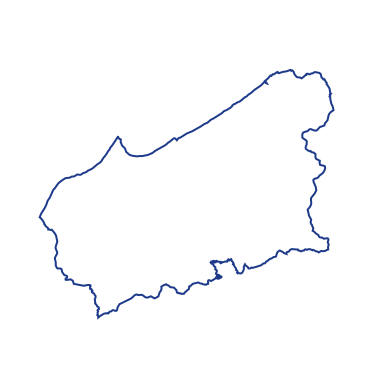 Jama, Manabi, Ecuador (Mercator projection), rotated 11°
{"feature_id": "8360857B32343432212573", "entity_name": "Jama", "entity_type": "district", "adm_level": 2, "iso_a3": "ECU", "parent_name": "Ecuador", "parent_adm1": "Manabi", "projection": "mercator", "projection_center": [-80.22, -0.215], "detail": "fine", "context": "isolated", "style": "outline", "palette": "blue", "viewbox_px": 384, "rotation_deg": 11, "n_neighbors": 0, "source": "geoboundaries", "source_scale": "gbopen_adm2", "svg_char_len": 6005}
<svg xmlns="http://www.w3.org/2000/svg" viewBox="0 0 384 384"><g transform="rotate(11 192 192)"><path d="M334.4,211.7L333.6,211.6L330.3,212.7L328.8,212.0L326.3,212.1L325.1,211.5L324.2,210.1L322.2,209.4L319.0,207.4L317.9,207.1L318.0,205.3L317.7,203.8L316.7,202.8L316.1,201.5L314.8,200.4L314.2,198.9L314.3,196.4L311.4,192.9L308.9,187.3L310.5,184.3L311.3,181.7L311.3,180.8L310.0,175.7L310.4,174.4L312.6,170.3L313.7,166.8L312.7,163.8L309.3,158.6L308.8,157.0L309.6,155.8L312.5,154.2L313.4,153.0L314.0,151.6L316.6,148.7L317.3,147.4L318.0,145.2L318.2,143.5L317.7,141.6L317.2,141.3L315.4,141.0L313.4,141.1L312.5,140.9L311.5,138.5L311.5,136.9L307.5,135.8L306.6,134.5L306.0,131.3L304.6,130.4L303.4,130.0L302.1,130.2L300.5,129.1L299.8,129.6L297.9,129.1L295.4,127.8L295.1,126.9L295.0,125.4L295.5,123.6L295.0,120.5L294.5,119.7L290.4,117.9L289.9,117.4L289.4,115.3L289.4,113.3L289.9,112.4L291.3,111.4L293.8,110.2L295.3,108.1L296.4,107.6L300.7,108.3L302.7,107.8L305.1,103.9L309.3,101.4L309.2,100.9L309.4,99.3L311.3,95.8L311.5,90.1L311.9,88.9L313.1,86.9L315.3,84.6L313.9,81.4L311.6,78.2L311.2,76.9L310.4,75.4L309.8,73.2L308.8,72.0L309.4,71.2L308.7,70.3L309.6,69.0L308.8,68.7L308.6,67.4L308.0,66.5L307.8,65.4L307.1,64.0L304.6,61.3L303.6,60.6L303.4,59.1L302.5,58.6L300.5,56.0L299.5,56.5L298.5,55.5L297.4,55.0L295.9,51.8L294.4,50.8L290.1,50.8L289.1,51.2L288.0,52.4L286.3,53.0L285.2,54.0L284.3,54.1L283.1,53.8L281.9,54.2L281.6,54.6L281.8,55.4L281.1,55.7L278.3,59.2L277.7,59.6L276.1,58.9L274.2,59.3L272.7,59.0L270.1,56.8L269.2,55.1L267.9,53.8L267.2,53.5L266.4,54.1L265.9,53.5L265.3,53.4L261.8,55.5L258.2,56.8L254.6,58.8L253.8,58.7L253.4,58.0L252.8,57.9L250.0,60.8L248.8,61.0L247.7,62.9L246.7,62.7L245.1,65.8L242.3,69.2L243.8,70.1L244.8,71.2L244.0,71.1L242.4,69.7L239.3,74.3L233.7,80.0L231.0,83.6L229.0,85.4L227.0,88.2L226.0,88.7L221.9,93.8L218.9,95.8L217.7,97.1L216.4,97.8L215.1,99.3L214.8,100.5L213.3,102.3L210.5,104.8L207.9,106.6L206.4,108.8L202.7,112.3L198.6,116.1L196.7,117.5L193.8,121.2L191.2,122.8L188.2,125.9L180.5,132.4L175.7,135.6L170.3,140.7L168.9,141.4L168.3,142.1L167.3,144.1L165.5,142.7L164.4,142.6L163.7,143.0L160.7,146.7L159.2,148.1L157.2,150.8L147.8,158.8L145.9,161.1L141.7,164.0L136.1,166.3L134.1,166.6L130.8,167.6L126.2,167.8L123.6,167.4L119.9,165.3L117.8,161.9L114.9,160.0L114.2,159.3L112.4,156.4L112.1,154.0L110.0,153.5L109.0,152.0L108.7,152.0L104.9,161.2L103.3,164.2L103.0,166.0L102.1,167.4L100.8,171.0L99.4,174.0L98.6,175.2L97.1,179.1L95.8,181.1L94.2,182.4L89.7,188.0L85.7,191.0L84.3,192.7L81.4,194.3L80.0,195.9L78.9,196.5L76.1,196.7L73.3,199.2L71.0,199.8L69.4,201.2L65.9,202.3L64.5,203.1L61.3,206.3L59.1,209.0L56.7,214.3L55.3,216.7L53.6,224.3L51.9,228.4L51.5,231.8L50.5,235.8L48.0,242.2L47.3,245.9L49.1,246.9L51.2,248.8L53.0,250.9L53.0,251.6L54.0,252.3L54.7,253.3L57.3,254.7L58.1,256.3L58.9,255.9L59.9,256.3L61.6,255.8L64.9,258.5L66.8,260.6L69.3,266.5L68.7,270.7L68.7,272.8L69.6,274.5L71.2,276.8L71.3,278.3L70.0,282.6L70.2,283.8L71.6,286.8L72.3,290.1L73.5,291.9L74.5,292.7L77.4,292.2L78.3,292.4L79.0,293.1L79.7,295.2L82.5,297.9L84.9,298.2L85.5,298.6L85.7,299.4L85.5,299.9L84.4,301.3L84.6,302.1L84.9,302.3L85.5,302.3L89.6,300.9L92.0,301.9L93.5,304.7L103.8,304.7L105.6,303.8L108.2,303.0L110.0,302.9L110.3,303.7L110.3,304.5L110.0,304.7L110.4,306.5L111.7,306.5L112.0,307.0L113.2,307.9L113.1,308.3L112.6,308.6L113.0,309.5L113.5,309.9L115.2,310.3L116.5,312.0L117.3,312.6L117.4,314.6L117.0,315.8L118.2,319.2L118.2,320.0L119.6,320.8L120.8,322.4L122.5,323.1L123.0,324.8L122.1,325.5L121.8,326.2L122.6,327.3L122.3,328.4L122.8,329.8L122.5,330.8L123.3,331.1L123.9,333.2L125.4,331.3L128.6,328.4L130.0,327.7L131.6,327.5L131.9,327.0L133.2,327.0L133.8,325.3L135.3,324.7L136.7,323.1L138.0,323.0L139.3,323.3L140.5,323.0L141.0,321.9L140.9,319.5L142.3,315.9L152.7,308.0L155.4,304.3L156.3,303.5L157.4,303.1L158.0,303.4L159.7,303.2L162.4,302.5L163.9,303.0L166.2,304.2L168.4,304.2L171.6,302.2L175.4,303.6L176.8,302.7L178.9,300.9L179.4,296.6L180.2,295.2L180.6,293.4L180.0,290.7L181.8,289.0L184.3,287.5L185.4,288.1L186.9,288.3L188.9,289.6L191.7,289.3L192.7,289.4L195.5,291.4L196.3,293.4L196.9,293.8L198.1,293.5L199.4,294.0L200.0,293.6L201.3,294.0L202.9,293.6L203.6,293.3L203.8,292.4L207.5,287.7L207.3,286.7L207.6,285.9L207.3,285.2L209.1,283.8L210.1,282.1L215.1,279.7L216.0,279.7L217.6,280.2L219.3,280.1L220.9,280.5L223.4,280.4L224.1,279.6L225.4,279.0L224.7,276.4L225.0,275.5L225.9,275.2L227.1,275.7L228.0,275.6L231.5,272.4L232.5,269.8L233.4,269.5L234.7,269.9L234.8,270.5L234.4,271.0L233.5,271.5L233.3,272.1L234.1,272.2L235.3,271.7L237.1,270.1L237.0,269.4L235.4,269.1L234.0,268.2L232.3,268.3L231.5,268.0L231.0,267.4L231.5,265.6L231.5,264.8L231.1,264.0L229.6,263.5L229.3,261.4L227.5,260.3L226.7,259.1L224.4,258.3L223.7,257.6L224.1,256.7L225.7,257.4L226.2,257.3L226.3,256.8L225.4,256.2L225.8,255.6L226.4,255.4L227.3,255.8L228.2,255.4L227.7,256.8L227.9,256.9L230.3,255.2L232.6,255.4L233.8,255.0L234.0,255.2L233.6,256.4L233.8,256.5L235.2,255.3L237.7,254.0L239.6,253.7L239.7,252.9L240.4,251.4L241.3,252.2L242.3,250.9L243.0,251.3L243.5,250.7L244.4,252.3L245.8,253.2L246.1,253.7L246.0,255.0L246.9,255.0L247.0,255.9L249.7,258.7L250.3,260.3L251.3,260.5L251.9,261.6L251.6,262.6L252.4,263.1L252.7,262.7L255.4,262.7L256.5,261.9L257.3,260.0L257.6,257.6L257.1,255.4L257.8,252.9L258.7,253.9L261.0,255.0L262.1,256.3L263.5,256.0L264.8,254.8L266.0,254.9L270.3,252.7L274.2,250.5L274.6,249.7L275.8,248.5L277.3,248.0L278.0,246.3L279.4,245.1L281.2,242.9L282.8,242.0L284.4,240.4L286.2,239.7L286.8,239.2L287.1,235.5L287.7,234.3L289.0,232.8L289.8,232.8L292.6,233.6L294.0,234.4L296.6,234.8L296.3,234.1L296.4,233.3L297.0,232.7L298.5,232.0L299.3,230.1L300.8,229.0L307.0,228.3L307.4,229.1L309.0,229.0L309.7,229.4L310.4,229.5L311.5,228.6L313.1,228.1L313.5,227.2L314.2,226.6L315.8,226.9L317.0,226.0L319.1,225.6L321.3,226.2L321.7,225.7L322.5,225.8L325.0,226.6L325.9,226.4L328.0,227.1L330.0,225.2L332.1,225.1L334.0,224.4L335.4,223.1L336.7,222.4L336.0,220.0L336.2,217.5L334.8,215.4L335.1,212.9L334.4,211.7Z" fill="none" stroke="#1e3a8a" stroke-width="2"/></g></svg>